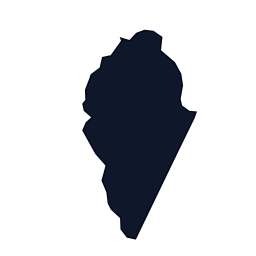 Union, Florida, United States of America, rotated 117°
{"feature_id": "52423323B15524353330478", "entity_name": "Union", "entity_type": "district", "adm_level": 2, "iso_a3": "USA", "parent_name": "United States of America", "parent_adm1": "Florida", "projection": "orthographic", "projection_center": [-82.394, 30.032], "detail": "fine", "context": "isolated", "style": "filled", "palette": "ink", "viewbox_px": 256, "rotation_deg": 117, "n_neighbors": 0, "source": "geoboundaries", "source_scale": "gbopen_adm2", "svg_char_len": 619}
<svg xmlns="http://www.w3.org/2000/svg" viewBox="0 0 256 256"><g transform="rotate(117 128 128)"><path d="M51.2,175.1L53.1,173.0L71.4,175.8L76.8,182.5L87.1,179.9L97.2,184.9L100.6,184.3L113.2,183.0L122.2,178.0L127.0,179.0L132.2,174.7L134.7,164.6L142.2,167.5L150.5,167.0L165.3,145.1L171.2,130.3L186.5,127.1L194.5,117.6L203.9,111.3L207.8,106.0L211.3,93.6L221.2,88.1L225.4,79.2L223.3,71.1L127.0,73.2L89.5,73.8L83.0,74.6L85.6,81.1L84.0,90.5L78.6,94.9L65.3,99.0L56.0,105.7L48.7,116.4L44.4,134.4L31.9,139.2L30.6,149.4L33.6,157.5L39.8,163.2L49.6,166.1L51.2,175.1Z" fill="#0f172a" stroke="#020617" stroke-width="1.5"/></g></svg>